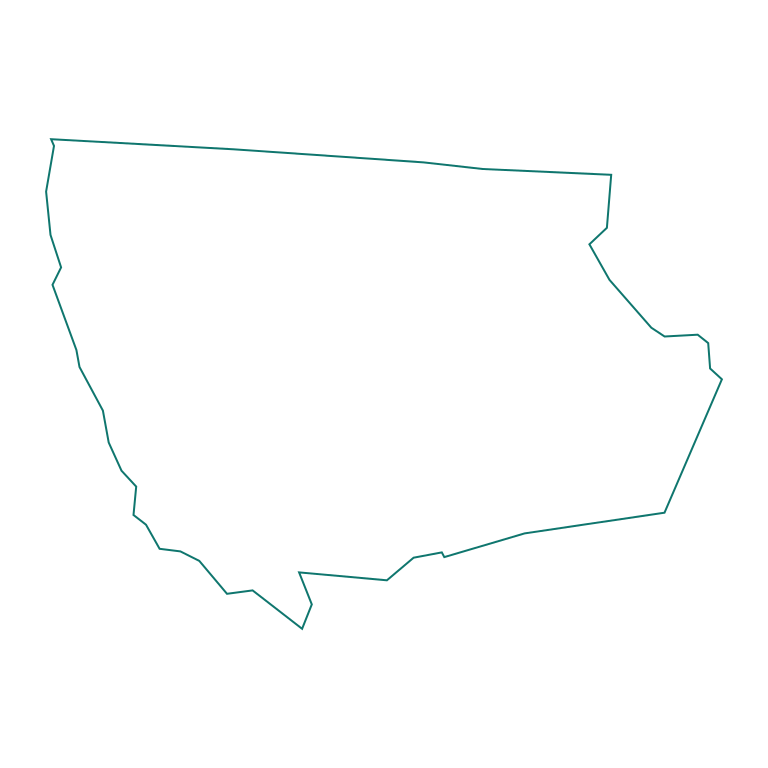 the district of Fairfield, South Carolina, United States of America
{"feature_id": "52423323B16928233595838", "entity_name": "Fairfield", "entity_type": "district", "adm_level": 2, "iso_a3": "USA", "parent_name": "United States of America", "parent_adm1": "South Carolina", "projection": "robinson", "projection_center": [-81.147, 34.373], "detail": "fine", "context": "isolated", "style": "outline", "palette": "teal", "viewbox_px": 768, "rotation_deg": 0, "n_neighbors": 0, "source": "geoboundaries", "source_scale": "gbopen_adm2", "svg_char_len": 634}
<svg xmlns="http://www.w3.org/2000/svg" viewBox="0 0 768 768"><path d="M50.5,234.9L61.1,267.4L52.5,284.8L76.4,350.0L79.5,367.0L102.9,410.6L108.7,442.5L121.5,470.7L136.2,486.6L133.5,515.0L146.0,524.7L159.6,548.8L180.4,551.4L199.3,560.9L227.0,593.8L252.6,590.4L302.1,628.8L311.8,604.4L299.1,572.4L386.9,580.3L413.6,557.7L441.8,552.4L444.3,557.1L524.6,533.4L584.6,524.5L664.5,512.7L721.9,379.3L710.1,368.5L708.2,343.1L697.7,334.7L664.6,336.5L651.3,327.7L609.5,279.9L589.4,244.3L606.9,227.8L611.2,174.8L482.6,169.0L423.7,162.4L233.6,149.3L51.1,139.2L54.0,145.9L46.1,191.6L50.5,234.9Z" fill="none" stroke="#0f766e" stroke-width="2"/></svg>